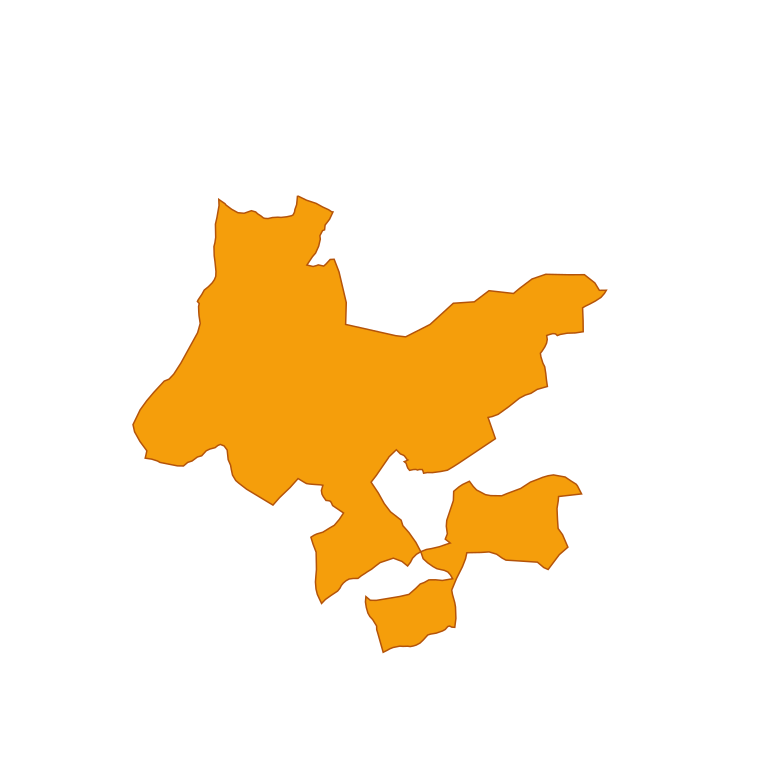 Nkwerre, Imo, Nigeria, rotated 320°
{"feature_id": "59680162B31302026198632", "entity_name": "Nkwerre", "entity_type": "district", "adm_level": 2, "iso_a3": "NGA", "parent_name": "Nigeria", "parent_adm1": "Imo", "projection": "orthographic", "projection_center": [7.107, 5.761], "detail": "fine", "context": "isolated", "style": "filled", "palette": "amber", "viewbox_px": 768, "rotation_deg": 320, "n_neighbors": 0, "source": "geoboundaries", "source_scale": "gbopen_adm2", "svg_char_len": 4732}
<svg xmlns="http://www.w3.org/2000/svg" viewBox="0 0 768 768"><g transform="rotate(320 384 384)"><path d="M376.1,136.4L372.3,141.3L362.9,149.2L357.6,153.2L349.3,163.5L345.4,167.0L342.1,169.4L336.3,176.7L333.0,181.9L327.6,189.8L324.3,193.4L321.0,195.1L317.4,196.1L311.9,196.6L306.7,196.5L302.0,198.3L296.0,200.0L294.1,200.8L294.2,203.6L291.8,205.4L288.6,209.5L286.2,212.8L282.1,219.5L274.2,224.9L241.9,237.4L229.3,241.3L222.4,242.1L217.5,240.5L202.5,242.4L191.5,244.3L180.7,247.0L165.6,253.8L162.2,260.3L160.1,271.3L159.4,282.7L156.5,285.0L153.4,287.3L157.8,292.3L161.0,297.4L162.0,300.1L173.1,313.9L177.7,317.9L183.3,317.9L187.5,319.6L194.2,320.0L198.2,321.8L201.2,321.4L204.9,320.9L208.8,321.9L213.7,324.2L217.2,324.3L219.8,325.1L221.7,328.7L221.4,333.8L216.0,341.8L214.3,347.5L212.1,351.3L209.4,356.4L208.4,362.6L209.0,366.5L211.1,376.2L214.4,385.8L221.1,405.4L230.9,403.9L245.7,402.9L257.4,401.2L259.6,407.7L260.6,410.4L262.6,412.7L265.7,415.8L268.5,418.5L270.6,420.5L272.1,422.3L267.6,425.3L265.7,428.5L265.1,431.2L264.9,433.6L264.7,435.9L265.6,436.8L267.3,438.7L267.5,440.6L266.5,444.1L270.1,456.8L262.7,459.0L255.1,460.3L250.1,459.4L241.9,458.2L236.2,455.7L233.3,454.9L229.5,454.4L226.7,461.1L223.9,469.2L216.5,478.4L212.9,482.8L209.1,486.6L204.2,491.6L200.1,497.4L197.7,502.3L196.3,507.4L195.1,512.0L200.6,511.4L207.3,511.9L215.4,512.8L219.0,512.1L221.8,510.9L225.0,510.3L228.5,510.3L232.0,511.0L235.3,513.1L239.1,516.2L243.4,516.3L247.9,516.9L250.2,517.1L255.6,517.9L260.1,518.0L266.2,518.3L279.2,523.4L283.7,531.4L285.1,538.6L289.6,537.6L293.9,535.8L299.4,535.3L304.4,536.1L306.6,525.9L307.6,513.9L307.4,504.6L309.6,499.3L306.8,486.1L307.3,475.8L309.6,463.8L311.0,450.9L319.3,449.1L328.3,446.6L338.9,443.7L341.1,443.0L351.2,442.3L351.6,448.1L352.4,449.6L353.2,451.3L353.4,452.3L353.3,454.8L353.1,456.7L353.4,457.5L351.7,457.2L349.6,456.5L350.0,459.0L349.0,461.3L348.2,463.6L348.1,466.6L351.5,468.4L353.6,470.0L354.3,471.4L356.1,472.2L358.3,474.1L357.9,475.8L357.0,477.8L360.3,479.7L364.1,483.0L371.2,487.5L377.2,490.8L384.0,491.9L390.1,492.7L434.2,497.5L442.2,476.5L446.0,478.5L451.9,480.6L465.2,481.6L478.5,481.9L485.0,483.3L490.6,485.6L497.9,486.6L507.6,490.9L511.0,485.4L514.7,479.9L518.2,474.1L519.1,470.2L521.7,464.0L523.6,460.9L525.9,460.5L530.9,459.0L534.8,457.2L537.7,454.8L539.8,451.4L542.4,452.4L545.7,453.9L547.6,455.8L547.9,458.3L550.8,459.3L557.1,462.9L563.3,467.8L570.2,472.0L577.2,463.5L585.1,453.3L588.2,453.8L593.0,455.0L599.2,456.3L606.0,457.1L611.1,456.3L614.6,455.1L609.2,450.7L610.5,442.1L607.8,429.1L596.1,419.4L578.4,403.9L564.9,398.7L549.4,397.9L541.4,397.9L524.4,380.0L506.0,379.1L489.0,366.7L457.6,368.0L430.9,361.8L424.1,354.6L392.9,313.7L397.1,309.0L407.4,297.4L421.6,269.2L426.0,256.4L422.8,254.0L416.7,254.8L413.6,254.9L410.2,250.5L408.4,249.9L405.2,248.4L401.4,243.3L406.5,241.8L411.0,240.5L415.8,239.7L422.6,236.4L428.3,232.1L430.2,229.2L435.5,227.0L437.6,227.7L441.0,224.4L448.2,222.8L455.5,219.4L454.6,218.4L453.6,214.9L450.8,209.0L448.1,202.0L442.8,193.4L439.1,185.1L438.3,184.6L435.3,187.6L432.3,190.5L428.0,193.0L425.9,194.8L423.1,196.0L421.4,195.7L417.0,193.4L412.2,190.2L409.9,188.0L407.2,186.0L405.6,184.8L401.5,182.7L399.4,180.7L398.4,179.4L397.8,176.3L396.6,172.4L396.3,169.7L393.8,166.0L386.6,163.3L382.2,158.9L379.6,152.2L378.0,145.4L378.1,143.6L377.0,139.7L376.1,136.4ZM210.9,589.0L215.5,590.1L218.3,590.6L221.6,591.7L223.8,592.9L227.5,594.9L229.9,597.2L233.6,600.1L235.3,602.0L238.0,603.5L240.8,604.7L245.1,605.6L249.7,605.3L256.2,604.4L258.9,605.5L263.8,608.4L270.1,610.8L273.1,611.4L277.0,610.8L278.7,611.6L279.6,613.8L281.8,615.9L288.4,609.8L295.5,600.7L297.7,596.9L301.2,589.2L303.4,585.4L314.3,579.7L326.6,574.4L334.1,570.3L339.0,566.5L349.9,575.3L356.6,580.2L360.9,586.8L362.6,593.3L364.2,597.3L372.3,605.0L387.0,619.1L388.4,627.3L390.5,631.6L408.6,627.4L420.0,627.2L423.9,614.2L424.5,606.6L429.9,599.2L436.5,590.6L442.5,585.4L445.4,582.4L464.7,595.2L465.8,590.4L466.7,586.4L466.8,584.3L465.0,578.7L463.0,571.7L455.4,562.6L450.8,559.8L445.6,557.5L440.7,555.9L433.2,553.3L425.1,552.3L421.6,551.9L407.5,546.9L402.3,545.3L394.0,538.1L390.6,534.0L386.8,524.7L386.5,519.8L386.9,513.4L379.6,511.5L375.3,511.0L368.4,511.0L362.2,517.9L344.4,528.8L340.3,533.0L336.2,539.5L331.2,542.2L332.5,548.4L328.8,546.9L321.7,544.2L314.6,540.6L310.1,538.0L304.4,536.1L301.7,543.0L302.5,549.0L304.2,555.4L305.8,559.5L308.3,562.8L310.4,565.5L312.1,569.1L312.2,572.7L311.4,577.3L302.4,572.0L297.7,567.2L292.5,562.9L287.2,561.9L283.2,560.5L276.9,561.0L267.9,561.2L259.5,556.9L239.0,544.8L234.5,540.9L233.5,535.2L229.7,539.0L226.8,543.8L224.4,549.2L223.7,553.1L223.9,557.2L223.3,561.1L222.8,564.6L220.5,567.5L219.2,570.6L210.9,589.0Z" fill="#f59e0b" stroke="#b45309" stroke-width="1.5"/></g></svg>